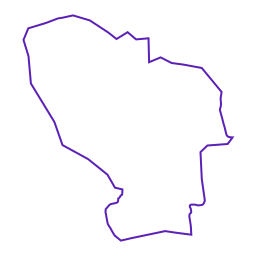 Jargalant, Töv, Mongolia (Robinson projection)
{"feature_id": "93677404B67634145299638", "entity_name": "Jargalant", "entity_type": "district", "adm_level": 2, "iso_a3": "MNG", "parent_name": "Mongolia", "parent_adm1": "Töv", "projection": "robinson", "projection_center": [105.903, 48.555], "detail": "fine", "context": "isolated", "style": "outline", "palette": "violet", "viewbox_px": 256, "rotation_deg": 0, "n_neighbors": 0, "source": "geoboundaries", "source_scale": "gbopen_adm2", "svg_char_len": 1749}
<svg xmlns="http://www.w3.org/2000/svg" viewBox="0 0 256 256"><path d="M191.3,234.7L190.8,225.9L189.3,216.1L189.5,214.7L189.7,214.0L190.3,213.5L190.7,213.0L191.1,212.6L191.2,211.1L190.7,208.5L189.9,207.1L189.8,206.2L190.0,205.4L190.4,204.9L191.2,204.7L191.8,204.7L192.4,204.6L193.4,204.6L194.4,204.6L195.6,204.7L196.8,205.1L197.7,205.4L199.3,205.3L201.1,205.1L202.3,204.8L203.2,204.2L203.6,203.6L203.9,203.1L204.0,202.6L204.2,202.3L204.4,201.7L204.8,200.9L204.7,199.4L201.8,179.2L200.5,152.1L207.4,145.5L227.6,144.0L230.6,140.1L232.5,137.4L232.0,137.4L231.6,137.3L230.9,137.3L230.0,137.2L229.0,137.0L228.0,136.6L227.5,136.2L227.2,135.9L226.8,135.3L226.5,134.7L226.3,134.2L225.9,132.5L225.6,131.3L225.3,130.1L224.8,128.0L224.3,126.1L223.8,124.6L223.6,123.8L223.3,122.9L223.2,122.1L222.9,121.2L222.6,120.0L222.1,118.0L221.6,116.2L220.9,113.6L220.4,111.9L220.0,110.2L219.9,109.6L220.3,108.1L220.7,106.5L221.0,104.9L220.9,102.3L220.8,101.1L220.7,99.5L220.6,98.4L221.6,92.0L201.8,68.0L183.5,64.6L171.6,63.0L160.6,57.4L149.1,62.2L148.5,38.3L136.1,39.4L127.6,32.2L116.5,39.0L108.4,32.6L89.8,20.4L73.0,15.4L62.6,17.7L58.0,18.4L46.4,22.8L28.3,28.3L23.5,39.9L28.5,56.2L30.9,83.5L54.4,122.0L62.5,145.1L88.1,159.1L107.5,174.7L115.0,187.7L122.4,189.4L122.3,193.2L122.0,194.8L121.4,195.1L120.8,195.5L120.5,195.8L120.3,196.3L120.0,196.9L119.3,197.7L118.9,198.2L118.6,198.5L118.2,198.6L118.2,199.8L118.0,201.4L117.7,202.0L116.7,202.7L115.0,203.2L110.7,204.1L109.9,204.6L108.7,205.7L105.7,209.2L105.5,212.0L107.7,223.7L108.0,224.4L108.5,225.1L108.8,225.7L109.2,226.3L109.6,227.0L110.5,228.3L111.6,230.4L112.2,231.4L113.6,233.8L114.8,235.6L120.9,240.6L131.2,238.2L165.2,231.1L171.7,232.1L178.1,233.0L191.3,234.7Z" fill="none" stroke="#5b21b6" stroke-width="2"/></svg>